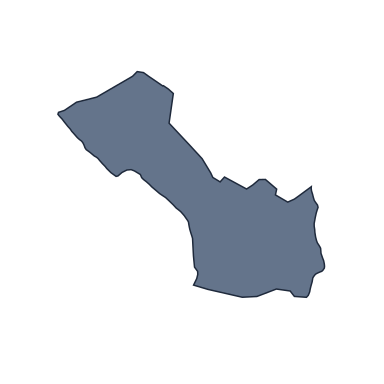 outline of Pavee, Castries, Saint Lucia, rotated 306°
{"feature_id": "8701671B25758314350266", "entity_name": "Pavee", "entity_type": "district", "adm_level": 2, "iso_a3": "LCA", "parent_name": "Saint Lucia", "parent_adm1": "Castries", "projection": "albers", "projection_center": [-60.992, 14.003], "detail": "fine", "context": "isolated", "style": "filled", "palette": "slate", "viewbox_px": 384, "rotation_deg": 306, "n_neighbors": 0, "source": "geoboundaries", "source_scale": "gbopen_adm2", "svg_char_len": 1984}
<svg xmlns="http://www.w3.org/2000/svg" viewBox="0 0 384 384"><g transform="rotate(306 192 192)"><path d="M176.1,37.8L175.6,39.4L175.1,41.6L174.7,43.9L173.7,47.2L172.8,50.5L172.1,53.0L171.4,56.4L170.4,59.1L170.0,61.1L169.6,62.9L169.0,65.5L168.6,67.3L168.3,70.1L168.3,72.6L167.8,74.5L166.9,76.3L166.2,77.5L164.9,79.4L164.1,81.5L164.1,84.0L164.1,86.0L163.7,91.7L164.0,94.3L163.9,96.2L163.2,98.8L162.3,102.8L161.6,106.9L160.9,109.2L160.0,115.1L160.0,121.4L161.5,122.7L166.7,123.9L171.5,126.4L174.3,129.6L175.2,133.0L175.8,139.9L174.9,141.5L174.5,142.0L174.0,143.0L173.6,145.4L173.5,148.9L173.1,153.1L172.5,156.5L172.1,161.9L171.7,166.6L171.8,169.8L172.0,173.9L171.4,178.7L170.6,184.4L169.7,188.8L169.7,190.8L169.5,194.3L168.9,197.1L168.3,199.7L167.5,201.9L166.5,204.9L165.7,206.7L163.7,208.7L161.8,210.7L160.4,212.3L160.0,212.8L158.0,215.4L156.2,217.9L154.8,219.7L141.2,230.7L132.7,238.2L131.1,243.2L128.7,245.1L124.8,246.7L117.6,248.0L122.6,262.2L136.4,294.5L145.6,305.9L163.1,317.3L169.6,329.6L167.7,336.2L174.1,346.5L176.8,346.8L180.4,345.9L182.9,344.7L185.8,343.5L189.9,342.0L193.6,340.2L195.7,340.1L198.0,340.2L199.8,341.0L202.3,342.4L204.1,343.6L205.6,343.9L208.2,343.8L209.8,342.9L211.6,341.3L213.8,338.9L215.4,336.4L217.3,333.7L218.2,332.4L219.9,331.0L222.1,329.1L222.8,327.7L223.6,325.8L224.5,323.4L225.8,321.4L228.2,318.5L229.7,317.0L231.6,315.1L233.8,313.3L236.1,311.0L238.4,309.3L242.0,307.6L243.6,306.8L246.8,305.4L248.2,304.8L250.8,303.9L253.7,303.0L255.2,301.2L255.8,299.4L256.5,297.3L257.1,295.8L259.0,293.3L261.1,290.8L263.1,288.1L265.1,286.2L266.4,285.4L250.9,280.5L246.4,279.0L240.1,275.4L238.7,261.2L244.1,258.8L245.3,244.0L241.5,239.0L233.3,237.0L226.5,234.4L223.2,209.5L216.7,208.8L216.0,200.3L218.5,195.8L224.9,180.6L228.6,162.2L234.2,133.0L260.7,119.0L261.2,114.1L261.4,112.5L261.2,106.4L260.6,106.0L260.1,88.7L260.1,82.6L257.2,76.9L250.7,75.9L212.7,59.1L196.8,45.8L183.0,40.8L178.0,37.2L176.1,37.8Z" fill="#64748b" stroke="#1e293b" stroke-width="1.5"/></g></svg>